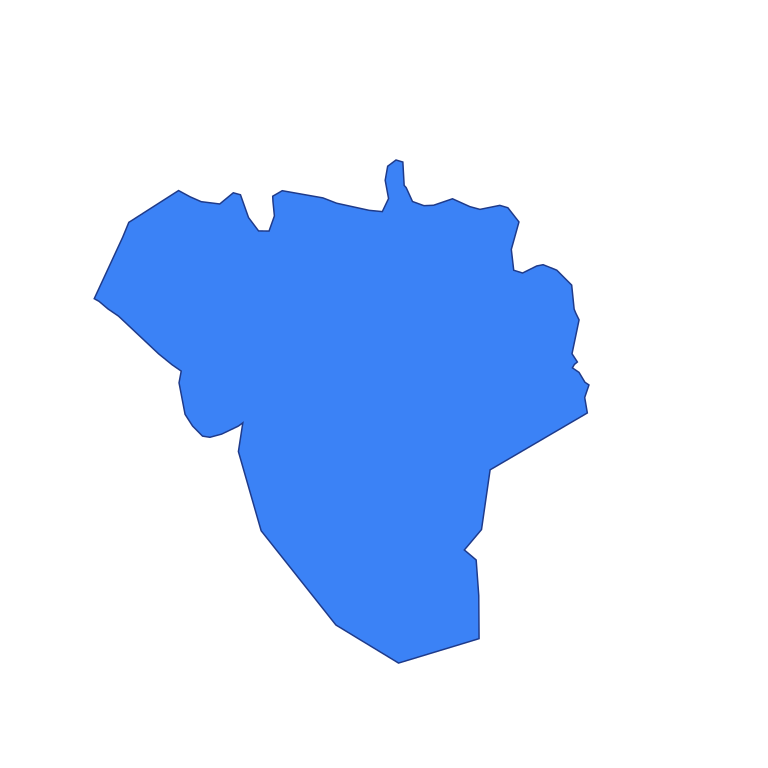 outline of Sinja, Sennar, Sudan, rotated 331°
{"feature_id": "16777658B54691568406545", "entity_name": "Sinja", "entity_type": "district", "adm_level": 2, "iso_a3": "SDN", "parent_name": "Sudan", "parent_adm1": "Sennar", "projection": "mercator", "projection_center": [33.787, 13.125], "detail": "fine", "context": "isolated", "style": "filled", "palette": "blue", "viewbox_px": 768, "rotation_deg": 331, "n_neighbors": 0, "source": "geoboundaries", "source_scale": "gbopen_adm2", "svg_char_len": 1131}
<svg xmlns="http://www.w3.org/2000/svg" viewBox="0 0 768 768"><g transform="rotate(331 384 384)"><path d="M563.8,458.5L563.1,448.7L585.7,422.5L586.1,414.9L586.6,410.7L596.1,388.5L590.3,368.2L581.0,356.8L574.8,354.8L559.0,354.1L552.6,347.4L560.6,328.0L580.6,307.7L577.8,289.9L571.9,283.9L552.6,277.8L545.1,270.5L533.7,255.2L514.0,251.7L505.4,247.4L497.4,238.2L498.6,223.0L497.9,220.1L508.1,199.0L503.1,193.9L492.8,195.3L483.8,206.4L477.9,224.0L466.1,232.4L455.2,224.9L430.2,202.9L420.8,191.6L388.7,165.6L377.7,165.8L375.3,170.7L369.6,183.9L357.6,194.5L348.5,189.3L346.2,172.8L350.2,148.9L344.9,143.7L327.6,146.9L312.5,135.9L305.2,126.3L298.1,115.2L239.2,118.9L226.4,129.1L171.9,168.9L174.8,173.5L179.0,184.6L184.7,195.9L201.5,248.4L208.0,264.5L212.9,274.4L205.3,283.6L195.3,314.1L196.2,328.0L200.0,341.6L205.9,346.2L217.7,349.1L236.3,350.2L241.7,349.5L223.9,372.5L205.4,452.8L225.1,571.5L261.4,635.1L343.7,652.8L364.3,615.0L379.3,582.6L373.8,568.1L398.7,558.6L435.2,510.5L547.8,507.9L553.0,493.1L562.8,484.2L560.6,479.9L560.2,468.4L556.6,461.2L560.0,459.2L563.8,458.5Z" fill="#3b82f6" stroke="#1e3a8a" stroke-width="1.5"/></g></svg>